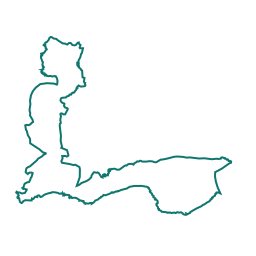 Uvinza, Kigoma, United Republic of Tanzania, rotated 275°
{"feature_id": "72390352B15676475935925", "entity_name": "Uvinza", "entity_type": "district", "adm_level": 2, "iso_a3": "TZA", "parent_name": "United Republic of Tanzania", "parent_adm1": "Kigoma", "projection": "robinson", "projection_center": [30.139, -5.704], "detail": "fine", "context": "isolated", "style": "outline", "palette": "teal", "viewbox_px": 256, "rotation_deg": 275, "n_neighbors": 0, "source": "geoboundaries", "source_scale": "gbopen_adm2", "svg_char_len": 5532}
<svg xmlns="http://www.w3.org/2000/svg" viewBox="0 0 256 256"><g transform="rotate(275 128 128)"><path d="M203.5,76.2L203.3,73.2L204.0,72.8L206.5,73.5L207.8,71.7L208.9,71.5L208.6,70.6L207.2,69.4L206.4,69.1L205.7,67.9L205.8,65.4L207.6,63.6L207.7,62.8L207.4,61.6L206.0,60.5L205.9,60.0L206.6,57.8L206.6,55.5L209.4,50.2L210.5,48.9L210.7,46.0L212.0,43.8L211.8,42.9L210.7,41.8L209.1,41.4L206.8,39.9L205.9,38.4L206.3,37.7L205.5,38.3L204.3,38.0L203.8,38.3L203.2,37.5L203.5,36.8L203.2,36.7L202.0,38.8L200.5,38.9L200.1,39.7L199.1,40.2L198.5,39.4L195.6,37.9L194.5,35.0L193.3,35.7L193.5,36.4L192.7,36.2L192.5,35.1L190.7,35.1L186.7,36.9L186.2,37.5L183.3,37.2L182.7,37.8L181.8,37.8L181.9,38.3L181.3,38.9L180.6,38.3L179.1,38.5L178.6,37.1L178.5,37.6L176.5,36.8L176.3,37.4L176.2,36.9L175.4,37.2L174.2,39.0L174.5,40.3L173.4,40.5L174.1,41.4L173.6,42.1L173.0,41.8L172.7,44.2L173.1,46.3L172.7,47.9L173.4,50.7L173.0,51.1L173.1,51.7L171.0,53.0L168.6,53.7L165.5,53.6L165.0,53.3L165.8,50.4L165.6,43.5L164.1,36.8L160.2,32.6L157.9,31.0L156.1,29.9L152.1,28.5L146.6,28.0L143.3,28.7L137.0,28.3L134.4,29.3L131.9,29.3L127.7,32.3L125.6,32.9L125.2,32.1L123.1,30.3L122.2,29.1L122.3,27.0L121.7,25.4L117.4,26.5L116.3,27.4L112.1,28.9L108.6,31.4L104.2,31.9L99.0,41.7L96.4,45.2L95.7,48.2L95.4,48.2L95.0,48.1L93.9,46.1L92.4,45.0L89.4,40.9L87.9,40.1L81.2,33.6L80.3,31.8L79.2,30.5L77.9,30.1L75.1,29.9L74.3,30.8L73.4,32.2L74.3,32.7L75.1,34.2L75.1,36.3L74.7,37.0L70.5,36.1L70.0,35.5L68.1,35.2L65.6,34.2L65.1,32.4L63.5,29.9L59.4,28.8L59.0,28.1L58.1,29.1L58.5,30.2L57.9,31.4L58.0,32.4L57.5,32.5L54.4,31.0L53.5,28.1L54.3,25.7L54.2,24.1L54.8,22.6L53.9,22.3L53.3,23.0L53.3,23.7L51.3,25.0L50.9,24.6L50.4,24.7L49.7,23.9L49.1,23.9L48.5,24.2L48.6,25.7L45.1,26.7L44.0,28.4L44.4,29.2L46.0,30.1L47.1,31.9L47.4,38.3L49.4,38.4L49.1,39.9L51.5,41.5L51.3,43.5L52.0,43.3L52.8,44.0L53.1,45.3L51.6,46.9L52.3,48.4L54.1,50.3L55.0,52.0L56.5,55.7L56.6,56.8L57.3,57.6L57.6,59.8L57.3,63.8L56.7,64.8L56.6,66.3L57.0,67.0L56.8,68.0L57.2,68.2L56.8,68.3L56.9,68.9L56.5,68.6L56.8,69.1L56.6,69.2L57.1,69.4L56.2,69.4L56.8,69.9L55.9,70.6L56.3,70.7L56.3,70.9L55.5,70.7L56.1,72.5L56.0,75.3L55.4,75.7L53.5,75.4L53.2,75.9L53.8,76.3L54.3,76.1L54.6,76.7L54.6,77.5L53.6,77.6L53.4,78.2L53.9,81.0L53.7,82.8L51.8,86.4L51.4,86.2L51.7,87.8L51.1,88.8L51.4,89.6L51.2,90.2L50.4,90.1L50.1,90.7L49.2,91.1L49.4,92.0L49.3,92.6L49.0,92.6L49.3,93.1L49.2,95.1L50.1,97.0L50.2,98.3L49.3,98.4L50.8,100.3L52.9,101.8L54.2,104.4L55.6,105.6L56.4,107.0L57.1,107.1L57.7,108.5L59.2,109.5L59.0,111.4L60.8,115.2L62.1,117.4L62.5,117.4L62.6,118.3L62.2,118.5L62.2,119.0L63.7,121.4L63.6,122.1L64.4,123.4L64.1,123.8L65.7,126.6L67.6,132.1L69.5,134.6L70.8,139.3L71.5,146.4L71.1,151.7L70.6,153.4L70.0,154.0L69.7,153.7L67.5,155.8L66.6,155.3L66.1,156.0L65.8,155.9L64.7,157.6L63.3,158.0L62.5,159.5L61.3,159.3L60.2,161.5L59.7,161.7L59.1,161.3L58.7,162.9L57.7,163.9L55.8,164.2L55.3,163.4L54.7,163.3L55.0,163.1L55.9,164.1L55.1,163.0L53.7,163.0L51.7,164.8L50.3,165.0L50.1,165.9L49.0,165.9L48.5,168.0L47.5,168.8L47.5,172.9L47.0,174.8L47.4,175.3L47.1,176.4L47.5,177.5L47.1,178.6L47.8,181.6L47.4,182.9L48.4,184.3L48.2,186.6L48.6,188.3L47.8,189.9L47.2,190.2L46.7,191.5L46.5,193.0L47.0,194.2L47.9,193.7L47.5,195.0L48.9,197.2L49.5,197.2L50.2,198.1L53.9,203.4L56.6,208.1L58.1,209.5L58.4,210.6L60.6,213.1L61.9,215.2L63.3,216.5L64.1,216.4L64.8,217.7L65.7,217.7L66.0,218.5L66.7,218.5L68.1,220.5L70.1,220.7L70.5,221.1L70.4,221.7L71.5,221.9L71.6,223.5L70.9,225.7L76.4,222.6L82.3,220.2L87.3,218.9L91.6,218.7L95.6,224.9L101.5,231.9L102.3,233.6L103.5,233.7L104.0,233.1L103.9,231.2L104.3,230.7L105.1,230.6L105.5,229.9L105.1,229.0L106.1,227.9L106.0,227.3L106.5,227.1L106.3,226.4L107.0,224.8L106.7,223.5L105.6,223.2L105.0,220.8L105.1,218.8L104.2,214.3L104.5,206.9L103.8,201.5L104.1,192.2L103.6,189.2L104.0,185.0L103.9,179.7L103.4,176.6L100.9,169.6L99.5,164.7L99.4,163.4L96.4,159.2L96.2,157.9L96.8,155.5L96.9,152.9L96.0,148.3L95.8,144.9L96.4,143.9L96.4,142.8L95.5,141.6L95.6,140.3L95.3,139.7L94.7,139.4L93.5,137.4L92.0,136.7L92.7,135.0L92.1,131.5L90.4,129.8L90.5,128.8L90.0,127.9L85.8,123.1L85.5,120.5L86.2,118.8L86.2,117.3L85.6,115.6L85.8,114.8L84.5,114.1L85.3,113.2L85.2,112.9L84.3,113.3L84.6,113.1L84.5,112.2L83.5,112.1L83.0,113.3L82.4,112.7L81.1,112.7L80.8,112.0L79.1,112.1L79.1,110.7L80.0,108.7L79.9,108.3L79.4,108.2L78.6,109.5L77.9,109.7L77.7,108.8L78.5,108.4L78.8,107.3L77.9,107.4L77.4,106.7L76.5,106.9L76.8,105.7L80.6,102.7L81.1,101.5L80.7,100.8L81.0,97.9L77.7,95.9L75.6,95.6L73.1,93.5L71.4,91.1L69.2,86.5L67.2,84.5L65.9,82.0L74.7,84.2L82.6,83.7L84.9,83.0L86.8,78.7L86.3,77.0L87.0,73.0L87.6,65.3L89.0,64.5L92.2,65.5L94.3,64.9L94.7,68.0L94.2,69.6L94.9,70.7L95.8,71.0L100.6,69.2L102.4,63.3L103.4,63.9L109.5,62.0L114.2,61.9L124.2,59.8L126.2,59.8L127.1,60.6L127.7,60.5L130.1,59.8L133.9,60.2L135.9,59.4L136.5,59.8L136.8,60.7L135.9,62.7L136.2,64.2L141.6,66.4L142.3,66.0L143.0,63.5L144.4,62.3L146.5,62.6L146.9,62.3L147.2,60.6L148.5,59.0L149.3,58.4L151.1,58.5L151.9,58.9L152.3,59.6L153.1,63.7L154.1,64.2L154.8,66.2L156.2,66.8L156.2,68.3L156.8,68.7L157.5,68.7L158.5,70.1L158.3,70.6L158.9,71.5L160.0,71.9L161.6,73.1L162.7,73.2L163.1,74.0L163.8,73.6L164.0,74.0L165.0,74.1L165.1,74.6L166.0,75.1L165.2,77.0L165.2,77.9L165.8,80.9L166.1,81.5L167.1,81.8L168.7,81.0L169.2,81.3L169.6,80.6L170.4,80.0L174.1,80.3L174.5,78.3L181.2,77.3L181.6,76.4L182.9,75.6L184.0,73.8L185.4,73.8L186.6,73.2L187.8,73.3L187.8,72.9L187.0,73.0L185.9,72.3L186.6,71.9L188.7,71.7L189.0,72.0L188.8,73.0L191.1,72.9L194.3,74.3L197.9,74.9L198.5,75.5L203.5,76.2Z" fill="none" stroke="#0f766e" stroke-width="2"/></g></svg>